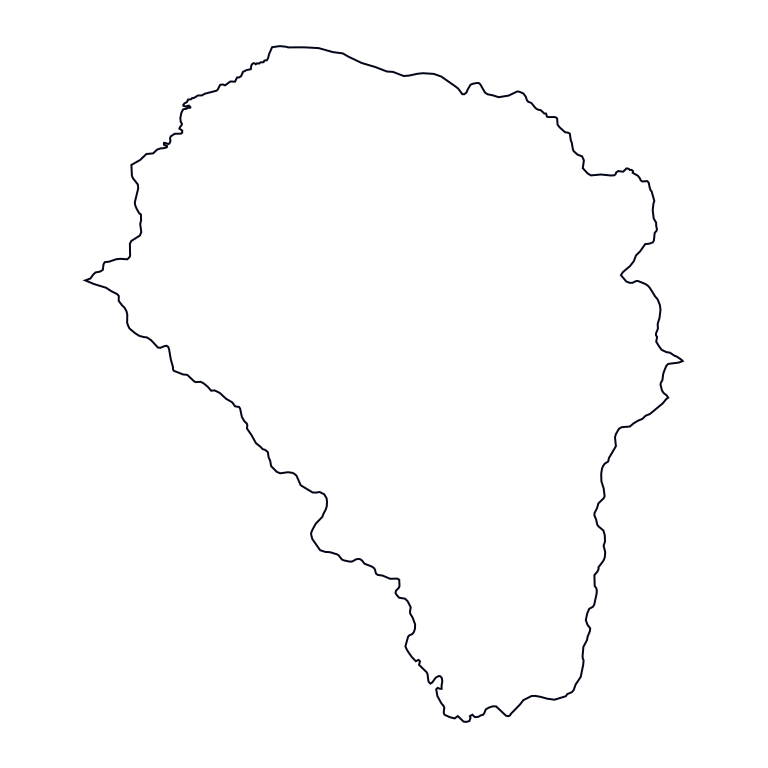 Hatu-Builico, Ainaro, East Timor
{"feature_id": "22284137B50442427378542", "entity_name": "Hatu-Builico", "entity_type": "district", "adm_level": 2, "iso_a3": "TLS", "parent_name": "East Timor", "parent_adm1": "Ainaro", "projection": "mercator", "projection_center": [125.548, -8.944], "detail": "fine", "context": "isolated", "style": "outline", "palette": "ink", "viewbox_px": 768, "rotation_deg": 0, "n_neighbors": 0, "source": "geoboundaries", "source_scale": "gbopen_adm2", "svg_char_len": 6049}
<svg xmlns="http://www.w3.org/2000/svg" viewBox="0 0 768 768"><path d="M454.7,718.4L457.8,716.1L463.6,721.6L466.2,721.9L469.3,721.1L470.5,718.1L469.9,716.1L472.4,714.7L474.6,717.0L478.2,716.9L480.7,715.4L483.0,714.8L484.3,713.1L485.8,709.4L488.9,707.6L492.7,706.3L496.1,706.4L506.0,715.7L508.2,716.2L509.9,715.5L511.1,713.6L519.9,704.6L523.4,700.1L531.6,696.0L535.3,695.9L540.4,696.8L547.3,698.7L554.5,699.7L565.9,696.2L567.3,694.1L572.0,692.1L573.7,690.0L575.7,684.4L580.7,676.9L583.2,664.8L583.6,660.4L582.7,658.1L582.6,655.6L583.4,646.9L587.0,640.0L587.6,636.7L589.9,631.1L590.2,628.3L587.5,624.8L585.8,620.1L587.2,613.5L589.2,608.8L592.9,606.8L594.2,604.7L596.6,593.7L596.8,590.2L596.2,588.0L594.7,586.0L594.4,575.1L597.3,571.7L598.6,569.0L598.4,567.4L603.3,560.9L604.7,557.7L605.0,555.3L605.2,552.0L603.6,545.8L605.0,541.5L604.8,535.3L603.4,530.5L598.6,526.5L597.3,524.8L596.1,519.5L594.4,515.4L594.5,513.1L597.1,508.0L598.4,503.4L603.9,498.0L604.6,496.1L603.7,488.6L601.4,481.3L601.2,473.8L602.0,468.7L603.0,466.2L604.7,463.7L608.2,461.5L608.9,458.1L615.9,446.2L615.0,437.4L615.8,434.3L618.9,428.8L621.7,427.2L629.9,426.5L633.7,423.3L637.8,420.8L642.4,418.9L645.5,415.8L649.9,414.0L662.7,403.4L666.2,399.1L668.2,397.7L666.7,395.4L663.5,392.9L661.9,390.3L660.5,384.5L660.9,382.6L662.4,380.2L663.2,374.0L664.5,370.2L666.4,365.7L668.2,363.9L678.6,362.6L682.7,361.1L681.5,359.8L677.0,356.7L674.1,355.5L670.0,352.7L666.3,352.1L661.6,349.8L659.3,346.7L656.2,341.7L657.1,336.9L656.0,335.3L656.0,333.4L657.9,328.8L657.7,323.8L659.5,318.0L660.5,309.9L659.9,305.1L657.7,299.5L655.1,296.4L649.9,288.0L647.9,285.7L645.4,284.0L637.7,280.9L636.0,281.1L632.8,282.7L630.0,282.9L626.3,281.5L620.9,275.2L622.9,272.1L630.1,266.0L633.8,261.2L636.0,255.4L640.1,251.4L645.2,244.1L649.2,243.7L653.0,242.3L653.9,240.4L654.7,232.9L656.6,230.7L656.9,229.0L656.2,225.9L656.1,222.6L653.7,218.5L652.7,210.1L653.4,203.9L654.3,200.9L651.7,191.6L650.5,190.0L649.7,187.6L648.8,182.9L647.3,181.1L642.3,181.5L640.7,180.3L639.6,177.9L637.8,175.7L632.7,172.8L633.0,171.1L631.6,169.9L629.9,170.0L628.7,168.8L626.5,168.4L623.2,171.7L618.1,171.1L616.2,172.4L615.6,174.2L614.3,175.3L611.0,175.5L600.9,174.5L591.0,175.4L587.7,173.5L582.8,168.2L583.9,160.3L582.1,156.4L577.5,154.6L573.7,151.2L572.9,149.3L571.7,142.4L570.8,140.4L569.8,133.6L568.1,132.7L565.0,132.2L559.6,127.3L557.6,124.7L557.1,118.4L555.8,117.4L554.3,117.0L548.7,117.1L546.9,116.6L546.1,113.6L544.3,113.5L540.9,110.3L537.6,109.5L535.5,108.1L531.4,103.0L528.1,101.7L526.8,99.9L525.8,96.8L523.4,93.5L519.3,91.7L517.2,91.5L508.6,95.6L498.7,97.2L492.7,95.3L487.7,94.3L485.0,92.6L480.2,84.2L478.7,83.0L476.0,83.1L472.3,83.9L470.5,84.8L467.6,89.7L466.5,92.5L464.3,94.2L462.3,94.2L458.3,88.7L455.8,86.7L441.2,76.5L433.8,73.9L422.9,73.2L417.3,73.8L409.0,75.6L403.7,76.0L393.0,71.9L386.9,71.5L375.2,67.0L361.7,63.0L348.7,56.8L342.8,53.4L332.9,52.1L318.6,48.1L303.6,47.3L288.2,47.4L286.4,46.8L279.9,46.1L272.1,47.2L269.0,54.3L268.1,58.1L266.9,60.2L264.4,60.6L263.5,62.2L260.4,62.4L259.0,63.6L257.1,63.3L255.8,64.3L254.9,63.5L253.6,63.2L252.6,63.6L251.3,65.5L250.8,69.2L246.5,70.1L243.0,71.9L241.0,76.3L238.9,77.5L237.1,77.4L235.0,81.7L230.4,81.5L225.1,85.3L222.8,84.5L220.2,84.8L217.6,89.8L216.5,90.7L204.9,93.7L201.9,95.4L197.9,95.5L194.0,97.9L191.9,98.2L191.3,99.2L188.0,99.6L187.0,102.0L184.6,103.3L183.8,104.2L183.3,105.0L183.4,105.8L185.7,106.5L188.8,105.6L190.4,107.1L190.2,107.7L187.7,107.9L186.2,108.9L184.2,109.0L183.0,109.6L181.4,112.8L180.3,118.1L180.8,122.1L181.9,123.6L181.8,124.7L179.7,127.6L179.4,128.7L182.2,130.5L182.2,132.7L181.2,133.6L174.6,133.8L170.7,136.4L170.0,138.5L170.5,141.2L169.3,143.6L168.3,144.0L165.3,143.0L164.1,142.8L163.9,143.1L164.0,144.8L167.1,146.1L166.8,147.3L163.1,148.3L160.8,148.3L157.1,149.6L153.1,153.4L146.4,154.0L140.1,160.0L131.4,164.9L131.9,175.6L132.9,178.2L137.8,184.4L138.2,188.4L134.8,202.4L135.2,205.3L136.5,208.5L139.2,213.3L140.9,214.4L141.1,220.4L140.2,224.0L141.3,232.1L139.9,235.5L131.4,240.9L129.9,243.6L130.1,256.0L129.0,257.8L127.2,259.3L120.3,258.8L116.0,259.3L109.3,261.6L104.7,262.2L103.5,264.4L102.8,269.9L100.0,271.6L95.4,272.5L93.2,274.6L90.4,278.5L85.3,280.4L93.9,284.0L106.2,287.8L111.3,291.2L117.2,294.1L118.8,296.0L118.7,300.9L122.1,305.4L124.3,307.4L126.5,311.2L127.3,314.9L127.1,322.6L128.3,326.2L129.6,328.6L135.1,333.2L139.2,335.8L143.0,336.9L147.1,337.5L151.1,340.2L158.0,347.6L160.5,347.8L163.9,346.3L166.5,345.7L168.3,347.0L169.1,349.4L170.8,359.4L172.9,366.9L173.0,369.4L173.8,370.8L182.9,374.4L187.3,374.9L194.3,381.5L196.0,382.1L200.6,381.8L203.7,383.4L207.8,386.8L211.2,390.7L214.6,390.4L219.7,392.9L226.1,398.8L232.3,402.4L235.0,406.3L239.1,407.0L240.1,408.6L241.9,417.0L244.6,421.6L246.8,423.5L247.3,425.1L247.0,428.6L251.5,435.1L255.9,443.1L260.6,446.9L262.6,449.1L265.1,449.9L267.8,452.0L268.7,457.6L270.2,460.8L271.1,466.1L276.7,471.8L280.2,473.3L288.0,472.2L292.6,472.9L294.5,473.9L296.5,475.7L300.7,485.2L302.0,486.1L312.7,492.5L315.9,492.6L319.7,492.0L324.3,494.4L326.6,498.3L327.0,501.6L326.8,506.1L325.8,509.4L323.4,513.9L322.4,516.8L315.8,523.6L312.6,529.4L311.3,532.5L311.1,534.4L312.3,539.0L320.1,550.2L325.2,551.9L330.1,552.2L337.2,554.4L338.7,555.4L341.9,559.5L343.9,560.4L349.6,561.6L351.3,561.6L353.0,561.1L355.8,559.4L358.5,558.9L360.4,559.3L362.0,560.5L364.5,563.7L371.7,566.5L374.0,568.1L374.9,569.5L376.0,573.6L377.7,574.9L382.6,575.6L390.2,578.8L397.1,578.6L399.2,579.7L399.5,586.0L398.6,588.2L396.1,590.5L395.5,592.9L396.5,594.7L399.1,597.7L405.1,598.7L407.6,601.2L410.7,607.2L410.0,611.8L410.2,613.6L412.7,617.8L415.1,624.3L415.0,628.5L414.0,631.8L412.5,633.9L409.3,635.4L408.1,636.7L405.4,646.3L406.9,649.8L408.9,652.9L411.8,657.0L415.8,661.2L418.6,659.9L420.0,661.4L419.0,664.8L426.7,672.3L427.5,674.0L428.4,681.0L429.0,682.3L430.4,683.6L432.1,682.6L435.8,677.6L438.8,676.0L440.4,676.3L441.9,678.2L442.3,681.2L441.6,685.6L441.6,688.8L440.0,688.8L437.6,687.9L436.2,689.3L437.4,696.1L441.4,703.4L443.3,705.5L444.3,707.5L443.7,712.7L444.6,714.8L449.9,717.2L454.7,718.4Z" fill="none" stroke="#020617" stroke-width="2"/></svg>